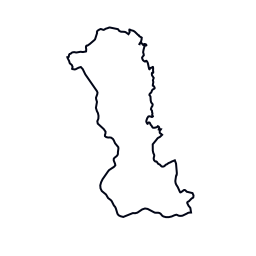 SVG path tracing the border of Košický, rotated 68°
{"feature_id": "SVK-1057", "entity_name": "Košický", "entity_type": "Region", "adm_level": 1, "iso_a3": "SVK", "parent_name": "Slovakia", "parent_adm1": "", "projection": "orthographic", "projection_center": [21.122, 48.674], "detail": "fine", "context": "isolated", "style": "outline", "palette": "ink", "viewbox_px": 256, "rotation_deg": 68, "n_neighbors": 0, "source": "natural_earth", "source_scale": "10m", "svg_char_len": 5465}
<svg xmlns="http://www.w3.org/2000/svg" viewBox="0 0 256 256"><g transform="rotate(68 128 128)"><path d="M230.0,101.2L229.9,101.5L229.3,103.2L229.2,104.3L229.4,105.5L229.7,110.3L229.5,111.2L228.9,112.9L228.1,114.1L227.2,114.8L226.5,115.7L226.3,117.6L226.4,120.6L225.9,123.7L224.8,126.3L223.3,128.3L222.2,129.1L219.7,129.9L218.6,130.7L217.9,131.7L217.0,134.0L216.4,135.0L210.4,140.1L209.0,142.4L208.8,145.3L210.0,151.0L209.7,153.2L208.7,155.5L208.7,165.7L207.0,168.0L205.4,169.4L203.6,169.9L198.0,169.4L196.3,169.5L194.6,170.1L189.7,170.5L188.3,171.0L185.5,172.7L181.4,173.3L176.6,175.9L173.7,176.1L170.8,175.2L168.3,173.3L166.0,170.8L160.7,162.7L159.9,161.2L158.7,155.3L157.8,153.7L156.2,153.4L152.8,153.4L151.3,152.8L150.6,151.8L149.8,149.0L149.1,147.8L148.3,147.1L146.6,146.4L143.5,144.6L142.1,144.2L137.3,145.7L134.1,145.8L132.5,146.1L130.7,147.2L129.9,148.5L129.4,150.0L128.3,151.6L126.9,152.4L125.8,152.0L124.7,151.0L123.0,150.2L119.9,150.9L112.6,154.4L110.2,153.9L108.3,152.0L105.7,150.8L103.0,150.3L100.6,150.5L97.3,150.2L92.2,147.0L89.2,146.7L87.9,146.3L85.1,143.8L83.7,143.0L82.2,143.0L62.3,147.5L56.5,147.9L53.8,148.9L53.7,150.0L53.6,151.2L53.8,153.6L53.9,154.1L53.9,154.6L53.8,155.1L53.7,155.6L52.5,157.5L52.2,157.7L50.6,156.5L48.6,156.5L47.9,156.8L46.3,157.7L45.5,157.7L44.0,157.5L40.1,157.8L39.6,157.7L39.7,157.3L39.8,157.1L40.0,156.8L40.0,156.6L39.8,156.3L38.2,155.3L37.8,154.8L37.5,154.4L37.6,154.0L37.6,153.7L37.6,153.3L37.5,152.9L37.2,152.2L37.1,151.7L37.1,151.1L37.3,150.2L37.5,149.5L37.9,148.8L38.4,148.1L38.7,147.5L39.4,144.1L39.6,143.3L39.9,142.8L40.1,142.4L40.4,142.0L40.5,141.7L40.7,141.3L41.1,139.4L41.3,138.5L41.3,138.2L41.1,138.1L40.3,137.7L39.5,137.3L39.2,137.2L38.2,137.0L37.5,136.8L36.7,136.4L36.3,136.0L36.2,135.8L36.1,135.5L36.2,135.2L36.3,134.9L36.4,134.7L35.8,132.0L33.9,126.3L33.4,125.3L28.6,121.3L28.4,121.1L27.4,120.9L26.6,120.2L26.3,119.3L26.0,117.6L26.0,116.8L26.0,116.2L26.3,115.8L26.6,115.4L27.1,114.9L27.5,114.4L27.9,113.8L27.9,113.0L27.6,111.6L27.7,110.5L27.8,109.2L27.8,108.8L27.8,108.4L27.8,107.7L28.2,106.9L32.6,100.3L34.8,99.7L36.1,98.4L37.3,95.7L37.9,94.7L38.4,94.2L41.2,92.4L39.9,90.7L38.7,90.3L37.6,90.1L37.3,89.8L37.4,89.5L38.5,88.5L39.7,86.9L40.2,86.4L41.4,85.6L45.5,83.8L46.1,83.3L46.4,83.1L46.6,83.1L46.8,83.2L47.1,83.2L47.5,82.9L49.0,81.6L49.4,81.4L49.6,81.5L49.8,81.7L49.9,81.8L50.6,82.0L52.7,83.5L54.1,85.6L54.5,86.0L54.6,85.9L54.3,85.7L54.2,85.4L54.0,85.1L53.9,84.3L53.8,84.0L53.9,83.8L54.1,83.7L56.3,83.0L56.7,82.8L56.6,82.5L56.2,81.7L56.3,81.2L56.6,80.7L57.3,80.0L57.7,79.9L58.2,80.0L58.3,80.4L58.0,81.4L58.2,81.9L58.7,82.3L61.2,84.2L63.4,85.6L65.3,85.8L66.1,86.0L66.6,86.2L66.7,86.6L67.9,88.5L68.4,88.7L69.5,88.8L70.7,88.7L71.6,88.3L72.0,88.0L72.3,87.8L72.8,87.3L72.8,87.1L72.5,86.4L72.5,86.2L72.6,85.8L73.0,85.6L73.6,85.4L75.3,85.3L81.1,86.3L81.4,86.2L81.6,86.1L81.6,85.9L81.4,85.8L81.0,85.4L80.8,85.3L80.7,85.1L80.7,84.9L80.7,84.5L80.9,84.0L80.9,83.6L80.9,83.2L80.7,82.7L80.6,82.4L80.7,82.1L80.9,82.0L82.0,82.3L84.2,83.3L85.6,83.6L86.1,83.9L86.2,84.2L85.8,84.6L85.8,84.9L86.1,85.3L87.2,85.8L87.8,85.9L88.2,86.0L91.2,85.4L93.0,87.0L94.9,87.3L97.6,89.0L98.0,89.1L98.1,88.9L98.2,88.7L98.5,88.6L99.0,88.4L100.3,88.2L100.8,88.3L101.2,88.5L101.4,89.2L101.5,89.6L101.5,89.9L101.5,90.3L101.7,90.9L102.1,91.6L103.6,93.0L103.9,93.4L103.9,93.7L104.0,94.0L104.2,94.5L104.7,95.3L105.1,95.6L105.4,95.8L105.8,95.7L106.1,95.6L107.3,95.4L110.9,96.6L112.7,96.9L113.1,96.9L114.8,96.3L115.3,96.3L115.6,96.4L115.9,96.7L116.4,96.9L116.7,97.2L117.0,97.5L117.1,97.8L117.4,98.2L117.9,98.7L118.7,99.4L119.2,99.7L121.1,99.3L122.5,99.8L123.4,99.8L124.1,100.1L124.7,100.6L125.2,100.7L125.7,100.7L126.2,100.5L126.5,100.5L126.7,100.9L126.8,101.4L126.8,101.6L126.7,101.8L126.1,102.4L125.9,102.6L125.8,102.9L125.3,103.6L125.1,103.9L125.0,104.2L125.0,104.5L125.0,104.9L126.1,106.5L127.8,108.0L128.8,108.6L129.9,108.7L131.2,108.5L131.4,108.4L131.5,108.3L131.5,108.2L131.3,108.0L130.9,107.7L130.7,107.4L130.7,107.2L130.6,106.9L130.7,106.5L130.9,106.3L131.1,106.0L131.4,105.9L131.9,105.8L133.3,105.8L133.7,105.7L134.8,105.3L136.3,105.1L136.6,105.0L136.9,104.9L137.2,104.5L137.5,103.9L137.8,102.9L138.0,101.1L138.0,100.6L137.8,100.3L137.5,99.7L138.0,99.2L138.8,98.9L139.3,98.9L139.6,99.0L140.3,99.6L140.7,100.0L140.9,100.1L141.1,99.8L141.2,99.2L141.3,98.2L141.5,97.9L141.8,98.3L141.8,98.6L142.1,99.1L142.5,99.6L143.7,100.2L144.4,100.3L145.1,100.1L145.6,99.8L145.8,99.5L147.1,98.9L148.2,101.6L148.3,102.3L148.4,103.7L148.7,104.6L149.3,105.6L149.7,106.3L152.4,111.2L158.3,113.5L160.7,113.9L162.4,113.8L163.1,113.9L163.8,114.2L165.6,115.5L166.6,115.8L167.5,115.9L168.2,115.7L168.7,115.5L169.1,115.3L169.3,115.1L169.5,114.9L169.6,114.4L169.7,114.2L170.3,113.9L172.4,113.5L174.0,112.1L175.7,111.5L176.2,111.2L176.6,110.8L176.9,110.0L177.0,109.4L177.0,108.9L176.9,108.3L176.3,107.0L176.2,106.6L176.2,106.3L176.2,105.4L176.1,105.1L175.7,103.6L175.7,103.1L175.7,101.2L175.6,100.8L175.5,100.5L175.5,100.3L175.5,96.7L179.0,96.8L188.1,99.6L189.3,100.2L189.8,100.5L190.1,100.8L190.0,101.0L190.6,101.5L194.9,104.0L196.9,104.5L198.6,104.5L201.4,104.0L206.7,103.8L207.1,103.7L207.3,103.6L207.4,103.2L207.3,102.5L207.0,101.2L206.6,99.9L206.6,99.5L206.5,99.2L206.6,98.9L206.9,98.5L207.2,98.2L209.1,97.4L212.5,92.6L215.0,92.5L216.7,93.4L217.0,93.9L217.1,94.5L217.1,95.0L217.3,95.7L218.8,99.1L218.8,100.0L219.0,100.7L219.3,101.0L219.8,101.2L222.8,101.0L225.2,100.2L225.7,100.2L230.0,101.2L230.0,101.2Z" fill="none" stroke="#020617" stroke-width="2"/></g></svg>